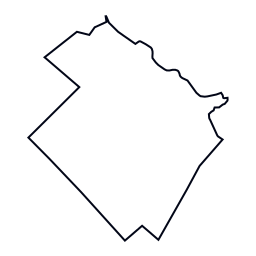 the district of Ste. Genevieve, Missouri, United States of America
{"feature_id": "52423323B83513729343256", "entity_name": "Ste. Genevieve", "entity_type": "district", "adm_level": 2, "iso_a3": "USA", "parent_name": "United States of America", "parent_adm1": "Missouri", "projection": "equal_earth", "projection_center": [-90.094, 37.899], "detail": "fine", "context": "isolated", "style": "outline", "palette": "ink", "viewbox_px": 256, "rotation_deg": 0, "n_neighbors": 0, "source": "geoboundaries", "source_scale": "gbopen_adm2", "svg_char_len": 987}
<svg xmlns="http://www.w3.org/2000/svg" viewBox="0 0 256 256"><path d="M105.5,15.4L106.5,21.9L94.7,27.3L89.3,34.9L76.9,31.8L44.6,57.3L79.3,87.1L77.2,89.2L28.4,137.6L49.5,158.9L80.9,191.9L124.9,240.6L142.1,225.8L158.4,239.8L186.7,189.8L199.6,165.9L222.6,139.5L218.0,136.4L217.3,135.5L210.1,119.8L209.4,118.6L209.2,117.8L208.9,114.1L211.3,111.8L213.6,110.4L214.6,107.5L219.1,107.4L222.7,104.6L224.7,103.9L227.4,100.7L227.6,99.8L227.5,97.8L224.2,98.2L223.4,98.0L223.1,97.3L222.7,95.3L221.1,92.8L216.4,94.5L207.4,96.4L204.7,96.7L200.6,96.2L199.5,95.5L196.4,92.8L187.5,80.5L182.4,78.1L181.3,77.3L180.4,76.4L179.8,75.2L179.6,74.0L178.9,72.3L178.2,71.1L177.4,70.5L175.3,69.8L172.6,69.8L169.4,70.5L166.7,70.4L164.6,69.4L158.4,65.1L155.8,62.5L152.5,58.1L152.4,56.5L152.6,53.3L152.5,51.2L151.8,48.8L150.8,47.5L145.7,44.2L140.5,41.4L139.4,41.3L138.7,41.6L135.4,43.9L123.2,35.4L122.4,34.8L118.1,31.8L109.0,22.8L106.4,16.7L105.5,15.5L105.5,15.4Z" fill="none" stroke="#020617" stroke-width="2"/></svg>